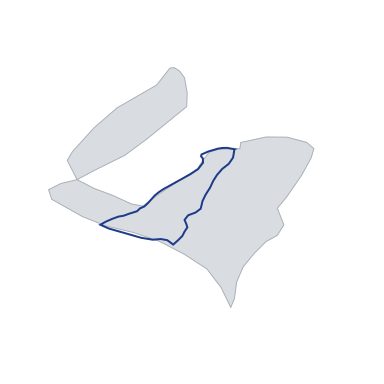 Tutong highlighted on a map of Brunei, rotated 243°
{"feature_id": "BRN-1184", "entity_name": "Tutong", "entity_type": "District", "adm_level": 1, "iso_a3": "BRN", "parent_name": "Brunei", "parent_adm1": "", "projection": "equal_earth", "projection_center": [114.706, 4.599], "detail": "fine", "context": "in_parent", "style": "outline", "palette": "blue", "viewbox_px": 384, "rotation_deg": 243, "n_neighbors": 0, "source": "natural_earth", "source_scale": "10m", "svg_char_len": 1511}
<svg xmlns="http://www.w3.org/2000/svg" viewBox="0 0 384 384"><g transform="rotate(243 192 192)"><path d="M255.2,95.2L239.6,106.4L224.3,120.4L208.9,132.5L201.8,141.9L204.3,155.2L208.0,184.3L210.1,207.2L215.4,216.2L219.6,225.4L217.9,235.3L208.8,254.3L214.0,257.9L207.4,283.0L197.7,301.6L184.1,316.7L175.4,320.3L168.4,313.8L157.1,297.2L144.6,274.1L138.8,260.7L121.0,258.9L114.6,248.2L114.2,235.3L109.2,220.0L102.1,203.6L91.6,191.0L77.5,181.2L71.6,174.1L93.3,174.6L116.5,170.4L140.3,156.7L163.3,140.2L182.6,121.3L200.7,100.0L219.7,83.3L249.2,63.7L259.2,65.3L259.1,79.1L255.2,95.2ZM276.8,95.2L282.2,103.7L293.6,133.6L301.0,163.5L303.4,209.1L312.4,228.6L311.0,232.5L305.6,235.8L297.2,237.2L282.7,232.8L270.5,226.1L259.9,176.7L255.2,148.8L255.6,115.4L255.2,95.2L276.8,95.2Z" fill="#d9dde1" stroke="#a8b0b8" stroke-width="1"/><path d="M201.1,138.7L200.9,139.0L200.8,143.2L202.2,148.0L205.9,157.5L207.0,162.8L207.6,168.5L208.6,198.5L209.7,207.9L213.1,215.1L216.9,216.9L219.7,216.3L221.1,217.5L220.7,224.9L218.9,234.6L217.5,238.9L215.4,243.3L210.8,249.3L210.8,249.2L210.4,248.9L204.0,244.2L200.4,237.5L198.9,229.6L195.9,222.1L192.3,216.0L187.6,210.0L183.5,203.0L179.1,197.2L173.2,192.2L172.1,185.8L173.0,178.0L170.5,172.7L166.1,172.4L162.6,171.8L160.1,167.4L157.2,163.4L155.3,157.5L153.7,151.4L160.3,148.1L164.3,142.8L167.3,135.4L174.2,126.0L197.2,101.3L204.4,95.5L204.7,101.5L204.3,108.6L203.5,115.2L201.9,120.3L201.2,126.0L199.8,134.3L201.1,138.6L201.1,138.7Z" fill="none" stroke="#1e3a8a" stroke-width="2"/></g></svg>